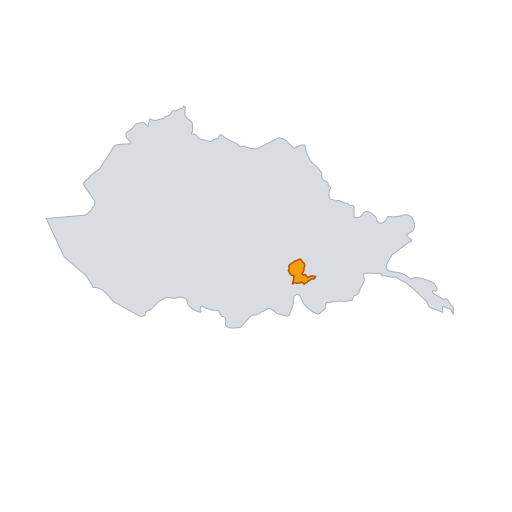 Kabul highlighted on a map of Afghanistan, rotated 46°
{"feature_id": "AFG-1767", "entity_name": "Kabul", "entity_type": "Province", "adm_level": 1, "iso_a3": "AFG", "parent_name": "Afghanistan", "parent_adm1": "", "projection": "natural_earth1", "projection_center": [69.432, 34.519], "detail": "fine", "context": "in_parent", "style": "filled", "palette": "amber", "viewbox_px": 512, "rotation_deg": 46, "n_neighbors": 0, "source": "natural_earth", "source_scale": "10m", "svg_char_len": 5353}
<svg xmlns="http://www.w3.org/2000/svg" viewBox="0 0 512 512"><g transform="rotate(46 256 256)"><path d="M227.5,150.9L236.3,150.1L242.2,151.2L245.3,154.3L248.4,155.0L251.4,153.6L253.3,153.3L254.0,154.2L255.5,154.6L257.7,154.5L259.0,155.3L259.4,157.2L261.0,159.5L264.1,162.3L266.8,163.0L270.3,160.8L271.5,161.1L272.1,160.3L272.5,158.8L274.7,157.2L278.6,155.8L280.8,154.6L281.6,153.5L282.9,153.3L284.4,153.6L285.4,153.2L286.2,151.8L287.6,151.2L288.8,151.5L294.2,156.6L296.3,158.1L297.2,157.9L300.0,155.1L300.3,152.6L299.6,149.2L300.1,146.6L301.9,144.5L305.2,143.3L310.0,142.8L312.9,143.1L314.0,144.1L315.5,144.7L317.3,144.8L319.0,143.6L320.5,141.1L320.6,138.0L319.2,134.3L319.6,133.2L322.0,131.3L324.6,128.5L327.1,125.0L329.4,120.6L332.4,117.9L335.9,116.9L340.1,118.1L345.1,121.5L347.0,125.6L345.8,130.6L345.7,133.3L346.8,133.9L352.5,132.9L353.2,133.6L353.2,135.0L352.3,137.1L351.4,143.0L349.7,157.6L352.2,166.2L353.8,169.6L355.5,170.7L357.2,171.1L358.9,170.8L362.3,168.6L367.5,164.5L372.5,162.0L379.9,160.6L382.3,156.2L385.7,153.3L393.4,149.0L397.6,147.3L400.0,147.0L405.9,148.6L406.3,150.0L405.9,151.4L404.2,152.5L403.7,153.4L404.4,154.1L406.7,154.4L417.0,151.4L419.2,148.7L421.4,148.6L425.7,149.8L429.0,149.4L430.8,150.5L434.8,154.4L433.6,154.6L431.8,153.8L430.8,152.6L426.7,154.2L422.1,156.6L422.2,157.3L426.3,160.8L417.8,164.6L414.0,166.8L413.1,166.9L407.4,164.9L391.3,165.5L379.1,166.7L374.4,168.6L369.9,169.6L367.6,170.6L366.1,172.7L359.4,177.2L358.2,178.9L354.5,178.7L350.6,183.1L344.9,188.4L343.8,190.8L344.6,192.1L347.7,194.0L349.1,195.8L351.2,200.9L352.1,204.4L353.4,206.0L354.2,210.3L352.8,212.7L352.8,213.9L354.7,217.2L354.3,218.2L352.9,219.7L350.7,223.8L346.7,226.8L345.0,229.5L342.2,232.5L341.0,235.1L339.8,236.4L338.6,237.2L338.9,238.5L340.0,240.2L341.8,242.1L341.7,249.8L340.8,251.9L335.7,254.0L330.9,254.9L324.9,255.0L322.7,254.7L314.4,251.9L311.8,253.2L311.3,256.6L316.0,262.1L317.9,265.1L320.1,270.2L321.7,272.9L321.1,275.3L312.6,280.7L307.2,281.3L303.8,282.2L302.1,283.6L300.9,289.3L299.7,291.4L299.7,293.9L298.6,296.8L296.8,298.6L295.6,301.6L296.6,316.9L291.6,323.0L288.9,325.1L286.2,326.2L284.1,325.8L281.3,322.3L279.4,321.0L277.5,321.2L275.6,322.5L272.5,322.1L269.8,320.8L268.5,321.0L267.7,322.2L264.8,324.8L257.9,328.8L255.0,329.1L253.8,330.1L254.3,331.7L255.5,333.1L257.7,334.0L257.8,335.1L254.2,337.1L250.6,338.4L246.4,339.0L242.1,338.2L239.9,336.4L237.3,336.3L234.9,337.6L232.4,339.7L229.0,345.0L224.0,348.4L222.7,351.7L221.1,357.7L221.5,366.5L220.9,370.5L219.8,373.0L220.0,375.1L221.6,377.4L220.9,378.9L219.5,380.5L218.1,381.5L190.7,390.0L186.2,390.2L183.9,389.8L176.2,389.8L173.0,390.4L169.7,391.6L167.3,393.0L165.4,395.1L162.2,393.9L152.0,391.8L124.4,394.6L121.8,394.1L83.4,380.8L107.7,350.8L108.4,348.3L108.6,343.4L107.3,336.9L104.9,333.9L83.9,330.4L83.3,325.4L83.7,323.1L83.3,318.7L83.5,315.3L84.5,309.8L84.6,307.3L78.5,282.4L78.6,280.0L82.7,274.3L87.8,268.7L87.5,267.6L85.0,267.0L81.2,267.0L79.3,266.1L77.7,264.6L77.2,262.3L78.3,258.3L77.5,250.6L81.5,244.0L87.7,243.7L84.7,238.9L84.0,238.4L83.8,237.6L84.1,236.7L85.7,236.4L89.5,233.4L89.7,231.7L92.8,227.2L92.6,225.2L94.7,219.9L93.8,216.3L93.7,214.4L95.9,213.2L97.4,208.2L98.3,207.0L98.4,205.8L97.9,203.8L100.0,203.5L101.8,206.0L104.8,208.7L106.7,209.5L109.1,209.9L114.6,209.0L115.7,209.2L121.3,213.9L122.2,215.1L122.7,217.0L123.6,217.5L125.6,215.7L127.5,215.1L131.1,215.6L133.0,214.9L142.3,209.1L143.1,205.3L144.0,203.2L145.2,202.0L143.8,197.7L144.4,196.8L145.6,196.4L148.6,196.4L162.6,191.7L166.2,191.7L167.0,191.3L167.3,190.0L168.3,188.6L175.0,185.2L178.8,181.7L180.2,179.0L186.7,157.4L190.0,155.5L193.5,154.2L204.9,153.8L207.1,147.1L208.2,145.6L210.2,144.0L218.6,148.8L227.5,150.9Z" fill="#d9dde1" stroke="#a8b0b8" stroke-width="1"/><path d="M312.0,227.3L312.8,229.5L312.8,229.9L312.7,230.3L312.6,230.5L312.3,230.8L311.3,231.7L311.1,232.2L310.9,232.5L310.8,232.8L310.9,233.3L310.8,234.6L310.7,234.8L310.6,235.0L310.1,235.5L310.2,236.2L310.5,237.2L310.5,237.5L310.3,238.0L310.1,238.4L309.9,239.0L309.8,239.5L309.8,239.9L309.8,240.1L309.9,240.9L307.0,241.2L306.1,241.4L306.1,241.5L306.2,242.2L306.2,242.3L306.2,242.6L306.0,242.9L305.0,244.2L303.5,245.9L302.2,246.8L301.8,247.0L301.7,247.2L301.6,247.3L301.6,247.5L301.7,248.6L301.4,249.0L301.2,249.1L300.6,248.1L300.1,247.4L299.9,247.1L299.8,246.7L299.7,246.4L299.6,246.1L299.4,245.8L298.6,244.8L298.2,244.4L297.8,244.1L297.5,243.7L296.9,242.5L296.7,242.3L294.6,243.7L294.5,243.9L294.3,244.0L294.2,244.0L293.7,243.8L293.3,243.8L292.9,244.0L292.6,244.0L288.9,242.8L288.7,242.3L288.3,240.8L287.5,240.1L287.3,240.1L286.5,239.8L286.3,239.8L286.2,239.7L286.0,239.1L285.9,238.8L285.8,238.6L285.7,238.3L285.7,238.0L285.7,237.1L286.0,236.1L285.9,235.4L286.2,234.4L286.6,233.2L286.5,231.9L287.1,230.5L287.4,230.2L287.5,229.8L288.2,227.6L289.1,226.1L291.0,226.5L291.4,226.4L293.7,226.6L294.4,226.4L294.9,226.5L295.3,226.7L295.8,227.0L296.0,227.3L297.1,227.9L297.3,228.7L298.1,230.1L298.3,230.5L298.5,230.7L299.0,230.8L299.5,231.2L300.1,232.7L300.4,234.1L300.8,235.3L301.3,235.4L302.3,235.1L302.7,234.9L303.0,234.5L303.1,234.2L303.2,233.8L303.3,233.5L303.5,233.4L303.8,233.4L304.7,233.5L305.2,233.8L305.5,233.8L306.8,233.5L307.5,233.5L307.7,233.3L307.8,233.0L307.9,232.6L309.0,229.6L309.5,229.2L310.6,228.6L311.0,228.5L311.2,228.3L311.2,228.2L311.4,227.8L312.0,227.3Z" fill="#f59e0b" stroke="#b45309" stroke-width="1.5"/></g></svg>